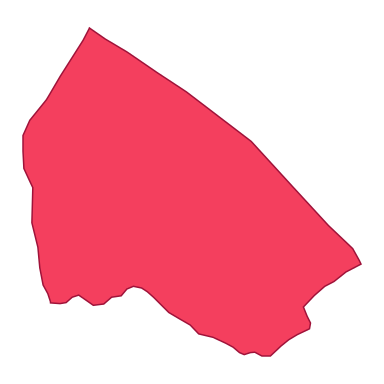 Älvsbyn, Norrbotten, Sweden
{"feature_id": "70781695B9243274568958", "entity_name": "Älvsbyn", "entity_type": "district", "adm_level": 2, "iso_a3": "SWE", "parent_name": "Sweden", "parent_adm1": "Norrbotten", "projection": "mercator", "projection_center": [20.635, 65.777], "detail": "fine", "context": "isolated", "style": "filled", "palette": "rose", "viewbox_px": 384, "rotation_deg": 0, "n_neighbors": 0, "source": "geoboundaries", "source_scale": "gbopen_adm2", "svg_char_len": 949}
<svg xmlns="http://www.w3.org/2000/svg" viewBox="0 0 384 384"><path d="M361.0,264.1L360.9,263.9L359.3,260.5L352.7,248.6L328.4,225.5L292.2,186.2L251.2,141.4L218.6,116.5L186.4,91.9L156.8,72.4L127.2,52.1L105.2,39.0L89.4,28.0L89.1,28.8L83.1,40.3L60.3,76.2L48.5,96.3L46.3,99.9L29.8,120.3L23.0,135.5L23.0,151.2L23.9,168.5L29.4,180.4L32.8,187.6L31.9,222.8L37.9,247.3L39.8,267.8L43.1,285.0L47.8,293.6L50.4,301.5L50.5,302.9L60.0,303.6L66.1,302.6L72.2,297.2L78.7,295.1L87.5,301.2L93.3,305.3L103.8,304.0L111.6,297.2L121.2,295.8L126.9,289.0L133.4,286.3L141.6,288.0L147.3,291.7L153.5,297.2L163.3,307.0L168.8,312.5L180.3,319.3L190.2,325.0L198.7,333.9L213.0,337.3L225.5,343.1L233.0,347.1L239.5,352.6L244.2,354.6L250.4,352.6L254.8,352.2L261.9,356.0L270.4,356.0L280.9,346.1L288.8,339.7L297.3,334.6L309.5,328.8L310.5,323.0L307.1,316.2L303.4,307.0L314.3,295.5L324.8,286.3L334.0,281.5L345.9,272.0L361.0,264.1Z" fill="#f43f5e" stroke="#9f1239" stroke-width="1.5"/></svg>